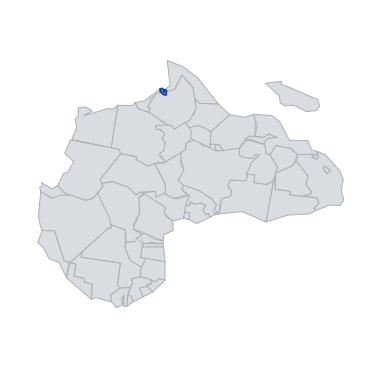 location of Djibouti within Africa, rotated 279°
{"feature_id": "DJI", "entity_name": "Djibouti", "entity_type": "country or territory", "adm_level": 0, "iso_a3": "DJI", "parent_name": "Africa", "parent_adm1": "", "projection": "robinson", "projection_center": [42.635, 11.825], "detail": "fine", "context": "in_parent", "style": "filled", "palette": "blue", "viewbox_px": 384, "rotation_deg": 279, "n_neighbors": 49, "source": "natural_earth", "source_scale": "50m", "svg_char_len": 10801}
<svg xmlns="http://www.w3.org/2000/svg" viewBox="0 0 384 384"><g transform="rotate(279 192 192)"><path d="M254.5,201.3L274.2,216.9L274.1,232.9L278.3,240.6L275.4,243.0L257.1,245.6L254.1,236.8L243.0,232.3L238.8,224.7L237.7,216.2L242.9,211.4L241.7,202.1L254.5,201.3Z" fill="#d9dde1" stroke="#a8b0b8" stroke-width="1"/><path d="M103.2,82.6L102.5,88.9L90.7,88.7L89.7,99.4L86.3,99.8L85.4,108.0L70.3,109.4L87.6,81.4L103.2,82.6Z" fill="#d9dde1" stroke="#a8b0b8" stroke-width="1"/><path d="M237.7,216.2L243.0,232.3L235.6,233.1L234.4,246.7L239.0,248.4L239.4,252.9L230.0,246.0L211.5,243.8L209.7,227.9L203.6,226.4L199.7,230.8L194.0,231.1L189.7,222.0L174.4,221.6L179.5,216.2L183.2,218.2L188.4,212.1L194.3,199.1L197.8,179.7L201.2,176.3L212.1,180.5L224.1,175.3L230.5,175.4L234.3,179.4L239.1,178.1L244.5,188.1L239.6,194.8L237.7,216.2Z" fill="#d9dde1" stroke="#a8b0b8" stroke-width="1"/><path d="M283.0,204.4L280.7,185.7L285.0,179.6L295.5,176.4L305.9,163.8L290.7,158.9L286.6,153.0L288.7,149.3L294.1,153.6L318.0,147.0L314.3,163.5L305.7,179.7L283.0,204.4Z" fill="#d9dde1" stroke="#a8b0b8" stroke-width="1"/><path d="M274.2,216.9L254.5,201.3L258.7,189.4L254.9,179.5L259.7,174.3L270.2,182.3L284.0,180.9L280.7,185.7L283.0,204.4L274.2,216.9Z" fill="#d9dde1" stroke="#a8b0b8" stroke-width="1"/><path d="M220.2,162.9L217.4,161.0L216.2,159.8L216.6,155.1L210.8,144.6L215.1,131.6L218.2,131.9L218.6,113.5L222.7,113.5L223.0,105.2L266.0,105.2L268.1,119.4L271.4,121.9L265.7,126.3L263.5,140.5L256.0,152.8L254.9,161.0L250.5,146.0L245.3,156.2L240.3,154.2L236.5,158.0L228.3,157.7L222.2,154.3L217.7,161.2L220.2,162.9Z" fill="#d9dde1" stroke="#a8b0b8" stroke-width="1"/><path d="M218.5,115.3L218.2,131.9L215.1,131.6L210.8,144.6L214.1,150.7L195.8,164.3L185.9,166.2L181.2,157.3L186.8,155.5L183.9,141.5L180.2,137.1L186.8,127.7L189.7,111.9L186.4,101.6L190.1,99.3L218.5,115.3Z" fill="#d9dde1" stroke="#a8b0b8" stroke-width="1"/><path d="M193.1,317.1L194.7,315.0L200.8,319.0L205.7,316.6L204.9,301.1L208.9,309.7L211.5,309.3L217.3,303.2L225.8,304.1L239.0,289.9L245.4,290.6L248.3,299.4L248.1,305.6L245.2,305.1L244.0,309.4L246.2,311.6L251.7,309.4L249.7,317.8L236.1,334.6L227.8,339.5L216.6,339.2L208.1,343.1L201.9,340.4L200.6,330.0L193.1,317.1ZM238.2,318.6L235.0,318.2L231.3,322.5L235.3,325.3L238.2,318.6Z" fill="#d9dde1" stroke="#a8b0b8" stroke-width="1"/><path d="M238.2,318.6L235.3,325.3L231.3,322.5L235.0,318.2L238.2,318.6Z" fill="#d9dde1" stroke="#a8b0b8" stroke-width="1"/><path d="M245.4,290.6L233.9,287.4L223.5,271.6L230.0,272.5L241.6,262.3L251.1,267.4L250.6,282.4L245.4,290.6Z" fill="#d9dde1" stroke="#a8b0b8" stroke-width="1"/><path d="M239.0,289.9L225.8,304.1L217.3,303.2L211.5,309.3L208.9,309.7L204.9,301.1L204.5,288.9L208.0,288.7L207.7,273.8L223.5,271.6L233.9,287.4L239.0,289.9Z" fill="#d9dde1" stroke="#a8b0b8" stroke-width="1"/><path d="M204.5,288.9L205.7,316.6L200.8,319.0L194.7,315.0L193.1,317.1L188.6,310.8L184.1,290.0L174.0,269.8L222.8,271.0L207.7,273.8L208.0,288.7L204.5,288.9Z" fill="#d9dde1" stroke="#a8b0b8" stroke-width="1"/><path d="M69.1,140.4L66.0,135.6L72.1,128.4L77.8,127.8L86.0,136.1L87.9,145.2L68.9,145.4L68.5,142.2L79.6,140.8L69.1,140.4Z" fill="#d9dde1" stroke="#a8b0b8" stroke-width="1"/><path d="M87.9,145.2L86.0,136.1L88.0,132.9L110.5,132.4L110.1,92.8L115.6,92.7L143.2,114.8L143.1,117.5L147.2,117.1L144.1,132.1L126.7,134.6L115.7,140.9L109.9,153.9L100.2,154.6L96.6,145.8L92.7,147.7L87.9,145.2Z" fill="#d9dde1" stroke="#a8b0b8" stroke-width="1"/><path d="M70.3,109.4L85.4,108.0L86.3,99.8L89.7,99.4L90.7,88.7L102.5,88.9L103.2,82.6L115.6,92.7L110.1,92.8L110.5,132.4L88.0,132.9L86.0,136.1L77.8,127.8L70.7,129.7L72.7,113.2L70.3,109.4Z" fill="#d9dde1" stroke="#a8b0b8" stroke-width="1"/><path d="M139.3,171.1L136.3,171.6L135.8,159.1L132.7,153.5L140.6,146.1L143.9,152.4L139.7,161.7L139.3,171.1Z" fill="#d9dde1" stroke="#a8b0b8" stroke-width="1"/><path d="M186.4,101.6L189.7,111.9L186.8,127.7L180.2,137.1L183.9,141.5L182.3,145.0L178.4,140.4L163.4,143.6L150.4,139.2L145.5,140.6L143.3,148.5L134.0,143.5L132.0,134.8L144.1,132.1L147.2,117.1L176.2,99.0L183.8,103.1L186.4,101.6Z" fill="#d9dde1" stroke="#a8b0b8" stroke-width="1"/><path d="M139.3,171.1L146.5,139.7L163.4,143.6L178.4,140.4L183.7,146.7L172.8,168.1L163.5,170.3L160.7,177.3L151.1,179.5L145.4,171.1L139.3,171.1Z" fill="#d9dde1" stroke="#a8b0b8" stroke-width="1"/><path d="M183.5,143.5L186.8,155.5L181.2,157.3L186.5,165.1L182.8,177.5L188.1,190.1L164.8,187.8L160.6,178.5L161.7,174.4L166.8,167.8L172.8,168.1L183.5,143.5Z" fill="#d9dde1" stroke="#a8b0b8" stroke-width="1"/><path d="M133.3,151.3L136.3,171.6L133.3,172.5L129.7,152.5L133.3,151.3Z" fill="#d9dde1" stroke="#a8b0b8" stroke-width="1"/><path d="M130.0,151.2L133.3,172.5L118.7,176.4L119.1,151.4L130.0,151.2Z" fill="#d9dde1" stroke="#a8b0b8" stroke-width="1"/><path d="M100.2,154.6L107.0,153.2L119.3,156.9L118.7,176.4L100.7,179.1L101.4,173.4L97.7,170.2L100.2,154.6Z" fill="#d9dde1" stroke="#a8b0b8" stroke-width="1"/><path d="M79.9,144.6L92.7,147.7L96.6,145.8L100.2,154.6L99.0,165.1L95.5,166.7L93.7,161.6L90.9,162.4L88.8,155.2L80.8,160.0L74.3,151.1L79.9,144.6Z" fill="#d9dde1" stroke="#a8b0b8" stroke-width="1"/><path d="M68.9,145.4L79.9,144.6L79.6,147.9L74.3,151.1L68.9,145.4Z" fill="#d9dde1" stroke="#a8b0b8" stroke-width="1"/><path d="M98.4,165.1L97.7,170.2L101.4,173.4L100.7,179.1L87.2,168.9L91.9,162.1L95.5,166.7L98.4,165.1Z" fill="#d9dde1" stroke="#a8b0b8" stroke-width="1"/><path d="M80.8,160.0L88.8,155.2L91.9,162.1L87.2,168.9L80.8,160.0Z" fill="#d9dde1" stroke="#a8b0b8" stroke-width="1"/><path d="M109.9,153.9L114.6,141.9L126.7,134.6L132.0,134.8L134.0,143.5L138.2,144.4L133.3,151.3L119.1,151.4L119.3,156.9L109.9,153.9Z" fill="#d9dde1" stroke="#a8b0b8" stroke-width="1"/><path d="M230.5,175.4L219.5,175.9L212.1,180.5L201.2,176.3L197.4,182.7L192.6,181.7L188.4,187.8L182.7,174.5L185.9,166.2L195.8,164.3L214.1,150.7L216.2,159.8L230.5,175.4Z" fill="#d9dde1" stroke="#a8b0b8" stroke-width="1"/><path d="M197.4,182.7L194.3,199.1L188.4,212.1L183.2,218.2L175.9,215.9L173.3,218.4L170.2,214.0L173.0,211.7L171.6,208.9L175.7,205.5L180.9,207.7L182.5,202.9L180.3,197.2L181.9,192.3L178.3,191.8L177.5,187.8L188.1,190.1L192.6,181.7L197.4,182.7Z" fill="#d9dde1" stroke="#a8b0b8" stroke-width="1"/><path d="M170.9,187.9L177.1,187.6L178.3,191.8L181.9,192.3L180.3,197.2L182.5,202.9L180.9,207.7L175.7,205.5L171.6,208.9L173.0,211.7L170.2,214.0L161.7,202.0L164.2,193.1L170.9,192.9L170.9,187.9Z" fill="#d9dde1" stroke="#a8b0b8" stroke-width="1"/><path d="M164.8,187.8L170.9,187.9L170.9,192.9L164.2,193.1L164.8,187.8Z" fill="#d9dde1" stroke="#a8b0b8" stroke-width="1"/><path d="M243.0,232.3L252.2,237.9L250.4,254.8L252.3,255.9L241.2,259.3L241.6,262.3L230.0,272.5L216.0,270.7L211.0,264.7L210.8,251.4L218.5,251.4L217.9,243.1L230.0,246.0L239.4,252.9L239.0,248.4L234.4,246.7L234.6,235.7L236.6,232.6L243.0,232.3Z" fill="#d9dde1" stroke="#a8b0b8" stroke-width="1"/><path d="M250.4,236.0L256.1,239.9L257.2,254.2L261.4,258.5L259.1,267.7L256.9,258.6L250.4,254.8L253.2,241.4L250.4,236.0Z" fill="#d9dde1" stroke="#a8b0b8" stroke-width="1"/><path d="M257.1,245.6L267.9,245.8L278.3,240.6L280.0,258.9L275.2,267.4L258.3,280.2L261.0,298.4L252.2,303.6L251.7,309.4L249.0,309.3L245.4,290.6L250.6,282.4L251.1,267.4L241.9,263.9L241.2,259.3L252.3,255.9L256.9,258.6L259.1,267.7L261.4,258.5L257.2,254.2L257.1,245.6Z" fill="#d9dde1" stroke="#a8b0b8" stroke-width="1"/><path d="M249.0,309.3L246.2,311.6L244.0,309.4L245.2,305.1L249.0,309.3Z" fill="#d9dde1" stroke="#a8b0b8" stroke-width="1"/><path d="M173.3,218.4L176.0,218.2L174.4,221.6L173.3,218.4ZM174.9,222.9L189.7,222.0L194.0,231.1L199.7,230.8L203.6,226.4L209.7,227.9L211.5,243.8L218.4,244.4L218.5,251.4L210.8,251.4L211.0,264.7L216.0,270.7L174.0,269.8L180.5,244.7L174.9,222.9Z" fill="#d9dde1" stroke="#a8b0b8" stroke-width="1"/><path d="M241.9,207.4L242.9,211.4L237.7,216.2L236.5,209.2L241.9,207.4Z" fill="#d9dde1" stroke="#a8b0b8" stroke-width="1"/><path d="M311.0,247.8L315.2,263.1L312.6,263.2L302.9,301.8L296.8,304.6L291.9,302.0L289.4,292.8L293.5,278.8L291.7,270.3L293.5,265.3L300.3,263.4L311.0,247.8Z" fill="#d9dde1" stroke="#a8b0b8" stroke-width="1"/><path d="M68.5,142.2L75.1,139.2L79.6,140.8L68.5,142.2Z" fill="#d9dde1" stroke="#a8b0b8" stroke-width="1"/><path d="M169.2,70.4L163.9,54.5L168.5,42.6L172.5,40.9L174.5,43.5L177.6,42.0L173.2,53.5L177.4,58.5L169.2,70.4Z" fill="#d9dde1" stroke="#a8b0b8" stroke-width="1"/><path d="M103.2,82.6L104.0,76.5L132.0,62.2L130.6,50.0L134.4,47.7L144.3,44.0L168.5,42.6L163.9,54.5L168.4,62.8L170.0,74.1L167.2,88.0L170.3,95.2L176.2,99.0L152.4,115.2L143.1,117.5L143.2,114.8L103.2,82.6Z" fill="#d9dde1" stroke="#a8b0b8" stroke-width="1"/><path d="M264.1,136.9L265.7,126.3L271.4,121.9L274.5,130.6L288.5,144.1L285.8,144.8L277.3,136.5L264.1,136.9Z" fill="#d9dde1" stroke="#a8b0b8" stroke-width="1"/><path d="M87.6,81.4L101.4,71.9L104.0,60.9L113.4,54.4L118.0,47.5L130.6,50.0L132.0,62.2L104.0,76.5L103.4,81.4L87.6,81.4Z" fill="#d9dde1" stroke="#a8b0b8" stroke-width="1"/><path d="M266.0,105.2L223.0,105.2L225.1,65.1L238.2,68.0L245.7,65.1L249.0,67.7L257.2,66.5L259.4,73.7L256.5,80.8L250.2,72.7L261.8,97.1L261.2,100.5L266.0,105.2Z" fill="#d9dde1" stroke="#a8b0b8" stroke-width="1"/><path d="M224.3,63.7L222.7,113.5L218.5,115.3L190.1,99.3L183.8,103.1L170.3,95.2L167.2,88.0L171.3,65.9L177.4,58.5L190.3,62.2L191.7,65.9L203.3,70.5L210.2,60.3L224.3,63.7Z" fill="#d9dde1" stroke="#a8b0b8" stroke-width="1"/><path d="M305.9,163.8L295.5,176.4L275.5,183.0L262.9,178.7L251.1,164.7L264.1,136.9L268.4,137.8L269.5,134.7L283.0,141.0L285.8,144.8L283.6,151.0L287.4,151.6L290.7,158.9L305.9,163.8Z" fill="#d9dde1" stroke="#a8b0b8" stroke-width="1"/><path d="M254.5,201.3L238.5,203.0L244.7,181.5L254.9,179.5L256.7,182.4L258.7,189.4L254.5,201.3Z" fill="#d9dde1" stroke="#a8b0b8" stroke-width="1"/><path d="M241.7,202.1L242.9,206.9L236.5,209.2L237.5,204.1L241.7,202.1Z" fill="#d9dde1" stroke="#a8b0b8" stroke-width="1"/><path d="M243.2,182.6L239.1,178.1L232.7,178.9L217.7,161.2L224.8,153.7L228.3,157.7L236.5,158.0L240.3,154.2L245.3,156.2L249.2,150.9L248.0,147.2L252.2,146.3L254.9,161.0L251.1,164.7L259.7,174.3L252.7,181.5L243.2,182.6Z" fill="#d9dde1" stroke="#a8b0b8" stroke-width="1"/><path d="M289.1,149.2L288.8,149.7L288.4,150.4L287.9,151.3L287.6,151.3L287.4,151.2L287.2,151.1L286.9,150.9L286.6,150.9L286.2,151.1L285.6,151.2L285.1,151.3L284.7,151.4L284.4,151.5L284.0,151.4L283.8,151.3L283.7,150.5L283.6,149.5L283.7,148.8L283.7,148.4L283.8,148.2L284.3,147.7L284.5,147.4L285.1,146.5L285.5,145.7L285.9,145.1L286.0,145.0L286.2,144.9L286.3,144.9L287.0,145.5L287.3,145.3L287.5,144.7L287.8,144.5L288.2,144.3L288.6,144.1L288.7,144.3L289.3,145.1L289.5,145.5L289.7,146.3L289.6,146.7L289.4,146.9L289.2,147.2L288.4,147.8L287.4,148.2L286.9,148.9L286.4,148.9L286.5,149.1L286.9,149.1L287.4,148.9L287.9,148.8L288.3,148.8L288.8,148.9L289.1,149.2Z" fill="#3b82f6" stroke="#1e3a8a" stroke-width="1.5"/></g></svg>